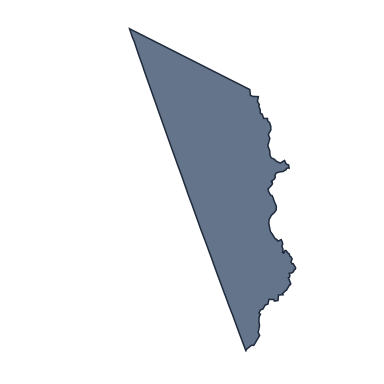 outline of Mono, California, United States of America, rotated 207°
{"feature_id": "52423323B48171180316739", "entity_name": "Mono", "entity_type": "district", "adm_level": 2, "iso_a3": "USA", "parent_name": "United States of America", "parent_adm1": "California", "projection": "equal_earth", "projection_center": [-119.267, 38.088], "detail": "fine", "context": "isolated", "style": "filled", "palette": "slate", "viewbox_px": 384, "rotation_deg": 207, "n_neighbors": 0, "source": "geoboundaries", "source_scale": "gbopen_adm2", "svg_char_len": 2255}
<svg xmlns="http://www.w3.org/2000/svg" viewBox="0 0 384 384"><g transform="rotate(207 192 192)"><path d="M63.7,146.9L63.2,147.4L63.2,149.0L63.0,151.3L63.0,153.4L62.2,154.0L62.4,155.1L63.4,156.0L64.8,157.3L66.3,158.6L67.1,159.0L66.9,159.8L66.5,160.2L66.7,161.6L67.5,162.8L68.5,163.7L66.9,164.8L65.8,165.9L65.5,167.0L65.6,167.5L65.4,168.0L65.7,169.2L65.0,169.9L65.0,171.2L66.1,172.1L69.4,174.1L70.3,173.5L71.7,174.3L72.2,175.6L72.4,177.8L74.2,179.1L75.8,179.3L76.6,180.4L77.6,181.1L79.2,181.3L81.5,182.5L82.6,182.1L82.6,180.9L82.4,179.7L82.7,179.0L84.0,179.4L83.9,180.2L85.0,182.4L86.6,183.8L87.6,185.2L87.4,186.5L88.8,188.4L90.4,189.6L90.9,190.1L91.9,188.8L92.4,188.0L93.8,187.1L94.5,188.1L97.1,188.3L99.1,189.6L101.1,190.8L104.2,192.4L107.1,196.0L109.5,199.3L110.8,202.5L110.7,206.9L110.5,207.9L109.3,211.0L108.8,214.1L110.2,217.3L111.5,218.6L114.3,220.8L116.9,223.4L118.9,225.1L120.6,224.9L122.8,226.4L124.2,227.3L124.7,228.2L125.1,229.0L125.6,229.2L125.3,230.2L124.2,234.0L124.0,235.8L125.0,237.2L125.8,237.0L126.1,237.8L125.6,238.0L125.4,239.2L124.4,241.1L124.5,243.1L125.6,244.2L125.6,247.1L123.4,249.4L121.9,250.4L119.9,251.9L119.0,253.8L118.6,254.0L118.3,254.8L118.4,255.5L118.2,256.3L117.1,257.1L116.3,257.4L118.3,260.0L120.6,259.6L123.9,262.1L126.4,257.9L130.3,257.6L133.6,258.6L137.0,258.4L139.1,260.1L141.5,264.1L145.5,267.7L147.0,275.1L150.1,277.9L149.9,283.0L151.6,286.3L154.5,289.1L157.0,289.8L158.1,291.8L161.6,290.1L164.9,293.3L166.7,293.0L168.9,296.6L171.4,298.7L171.7,300.5L174.7,302.2L176.2,307.1L181.2,304.8L183.8,304.6L187.0,309.5L321.8,309.1L315.6,303.0L311.4,299.5L301.2,289.4L292.0,280.8L292.0,280.7L290.2,278.9L261.7,251.8L236.4,227.8L225.9,217.9L215.7,208.3L208.6,201.8L195.4,189.1L190.8,184.8L187.2,181.6L174.7,169.8L165.7,161.3L161.8,157.8L154.5,151.2L150.3,147.2L142.9,140.4L140.8,138.3L136.7,134.5L132.3,130.4L121.2,120.2L118.9,118.0L114.9,114.4L107.9,107.9L107.2,107.3L102.0,102.6L101.1,101.9L90.5,92.0L84.4,86.4L71.4,74.5L72.3,75.9L69.5,82.4L67.3,83.4L66.6,94.9L69.3,97.0L71.1,103.5L73.8,107.4L75.5,111.3L75.5,114.1L77.4,114.5L77.5,117.9L75.6,120.0L75.5,124.3L73.5,126.6L74.7,131.2L70.3,133.4L69.1,132.2L66.1,134.3L68.2,139.5L64.2,141.8L65.2,142.6L63.7,146.9Z" fill="#64748b" stroke="#1e293b" stroke-width="1.5"/></g></svg>